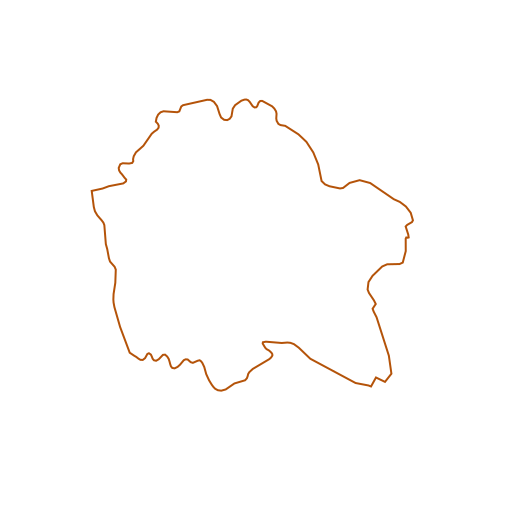 the Metropolitan department of Indre-et-Loire, rotated 332°
{"feature_id": "FRA-5310", "entity_name": "Indre-et-Loire", "entity_type": "Metropolitan department", "adm_level": 1, "iso_a3": "FRA", "parent_name": "France", "parent_adm1": "", "projection": "mercator", "projection_center": [0.644, 47.225], "detail": "fine", "context": "isolated", "style": "outline", "palette": "amber", "viewbox_px": 512, "rotation_deg": 332, "n_neighbors": 0, "source": "natural_earth", "source_scale": "10m", "svg_char_len": 2655}
<svg xmlns="http://www.w3.org/2000/svg" viewBox="0 0 512 512"><g transform="rotate(332 256 256)"><path d="M404.3,270.5L408.4,275.8L411.6,282.7L412.9,290.5L411.3,298.2L409.6,299.3L404.1,299.5L402.0,300.2L400.5,308.5L399.5,311.3L398.5,311.1L397.4,310.2L396.3,311.0L390.5,322.0L382.5,330.7L379.0,330.5L367.9,324.9L362.5,324.5L349.6,328.2L343.1,331.8L338.8,338.0L338.4,341.7L339.3,350.6L339.2,354.6L334.2,357.3L333.8,360.3L333.7,366.7L326.5,406.4L320.3,423.5L310.8,427.7L304.9,419.6L296.3,425.2L294.5,423.1L284.3,414.9L255.7,372.2L250.7,357.0L248.1,351.6L245.6,348.8L243.0,347.1L237.9,344.9L224.5,336.3L221.6,335.4L221.0,336.2L220.8,336.5L220.9,337.6L220.9,338.7L221.1,341.4L221.4,342.6L221.9,343.7L222.6,344.7L223.2,345.7L223.6,346.8L224.0,348.0L224.3,349.2L224.3,350.4L223.7,351.6L221.7,352.7L219.3,353.3L200.1,354.2L195.6,355.4L193.7,356.5L192.2,358.2L190.5,359.7L188.0,360.6L177.1,358.4L166.6,359.6L162.1,358.6L159.3,356.6L157.6,354.0L156.9,351.5L156.5,348.8L156.2,343.7L156.6,336.9L158.2,329.7L158.4,325.3L158.1,323.3L157.3,321.6L155.3,321.1L150.1,320.7L148.5,319.1L147.1,315.3L145.4,314.2L143.3,314.1L137.9,316.3L134.7,317.1L131.4,317.0L129.5,315.5L129.1,313.5L129.5,311.1L130.1,308.6L130.6,305.9L130.4,303.1L129.4,300.4L127.4,299.6L121.7,301.5L118.6,301.6L116.9,300.1L116.5,298.2L116.8,295.9L116.9,293.7L115.8,291.6L114.1,291.5L110.1,294.1L107.2,294.6L105.2,293.4L104.0,291.4L102.9,288.9L101.6,286.8L99.1,282.1L102.7,254.8L107.0,234.6L108.4,230.2L109.6,227.5L112.4,222.7L119.2,213.6L125.8,202.2L126.1,199.1L124.5,192.4L125.1,188.9L127.9,180.0L129.0,175.0L136.6,157.5L136.9,154.9L136.5,152.2L135.0,145.7L134.8,140.9L135.8,136.6L141.5,121.4L152.2,124.4L158.9,125.3L172.9,129.6L176.2,129.1L177.3,127.6L176.7,125.3L176.0,120.9L175.4,118.7L175.3,116.2L176.1,113.8L179.2,111.3L181.8,111.5L187.4,114.8L190.4,115.7L192.2,114.6L192.9,112.8L194.9,110.5L198.7,108.1L208.3,105.8L221.3,99.1L224.4,98.4L228.0,98.0L230.2,97.0L231.3,95.3L231.4,93.2L230.8,90.9L230.6,90.4L233.0,87.4L236.0,85.2L239.2,84.3L242.3,84.8L254.0,92.1L256.2,92.3L260.2,88.9L262.4,88.6L286.1,95.1L289.1,96.8L291.2,100.1L292.0,105.4L290.5,113.5L290.2,117.3L291.8,120.8L294.4,122.5L297.2,122.5L299.9,121.2L304.7,115.0L308.4,113.0L316.0,112.0L319.2,112.5L320.8,113.2L322.1,114.6L322.8,116.9L323.4,122.2L324.5,124.2L326.1,124.8L327.5,124.2L330.3,121.8L332.5,121.1L334.3,122.0L340.5,131.4L341.4,134.4L341.6,137.7L340.9,140.1L338.5,144.0L337.7,146.3L337.8,149.9L339.1,151.9L342.9,154.8L350.6,168.5L354.1,178.9L355.2,191.5L353.9,204.4L349.1,220.6L350.6,225.2L353.6,228.9L361.9,235.8L364.8,236.8L372.9,235.4L383.1,237.7L391.1,245.2L404.3,270.5Z" fill="none" stroke="#b45309" stroke-width="2"/></g></svg>